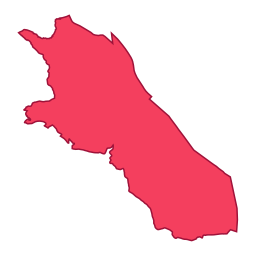 the district of Poiana Campina, Prahova, Romania
{"feature_id": "2599482B35117184166461", "entity_name": "Poiana Campina", "entity_type": "district", "adm_level": 2, "iso_a3": "ROU", "parent_name": "Romania", "parent_adm1": "Prahova", "projection": "robinson", "projection_center": [25.703, 45.113], "detail": "fine", "context": "isolated", "style": "filled", "palette": "rose", "viewbox_px": 256, "rotation_deg": 0, "n_neighbors": 0, "source": "geoboundaries", "source_scale": "gbopen_adm2", "svg_char_len": 5642}
<svg xmlns="http://www.w3.org/2000/svg" viewBox="0 0 256 256"><path d="M230.3,176.9L224.7,173.4L223.1,171.6L218.9,168.6L216.4,166.4L214.1,164.9L211.7,163.2L193.9,150.2L192.5,148.4L184.0,136.7L178.4,129.3L176.6,126.7L170.7,118.8L168.9,116.2L149.4,99.1L151.6,96.6L147.9,93.3L145.9,91.2L144.1,88.7L143.0,86.8L137.0,77.6L135.0,73.3L134.1,70.5L133.4,65.1L132.6,61.4L132.1,59.9L130.9,57.4L128.1,52.9L125.3,48.8L122.4,45.0L120.7,42.9L119.1,40.9L117.5,39.0L111.5,33.2L112.7,43.4L105.0,36.5L102.9,35.1L100.5,35.1L98.4,35.5L95.4,35.1L93.4,34.5L90.7,32.3L79.8,25.8L74.4,23.4L72.4,21.9L71.6,20.6L69.2,15.4L66.5,16.6L61.2,18.1L61.1,17.9L59.4,18.2L59.4,18.4L59.9,19.0L59.6,19.0L58.3,18.8L58.1,18.8L57.9,19.0L57.5,18.9L57.0,19.0L56.5,18.9L56.1,19.3L56.0,19.6L55.5,19.9L55.6,20.1L55.2,21.2L55.3,21.9L55.5,22.4L55.6,22.7L55.4,24.0L55.1,24.8L55.2,25.7L55.3,26.3L56.0,27.4L56.3,28.9L55.4,29.8L55.4,30.8L53.7,34.3L53.1,34.9L52.3,35.5L52.4,36.0L52.7,36.3L52.6,36.5L52.0,36.7L51.6,36.9L51.6,37.5L51.4,37.8L50.1,37.9L49.3,38.6L48.2,38.5L46.6,38.7L45.8,38.1L45.0,38.2L44.1,38.3L43.6,37.9L43.2,38.1L43.1,38.4L42.8,38.5L42.2,38.5L41.3,38.3L40.4,37.6L39.9,37.3L39.4,37.4L39.1,37.0L38.2,37.0L38.3,36.6L37.2,35.4L36.6,34.4L34.6,33.8L34.1,33.4L33.6,33.4L33.4,33.5L33.0,32.4L32.8,32.2L28.9,30.6L26.8,29.9L25.9,29.9L24.9,29.6L24.1,29.6L23.7,29.8L22.5,30.8L22.0,31.1L20.2,31.8L18.6,32.7L20.7,34.8L21.5,35.3L21.5,35.6L22.4,36.0L22.5,36.3L22.8,36.6L24.9,38.4L24.9,38.5L25.1,38.5L25.4,39.0L26.0,39.6L26.7,40.0L26.7,39.8L26.9,39.8L28.0,40.1L28.7,40.5L29.5,41.0L31.0,42.8L31.1,43.2L30.9,43.6L32.3,45.3L32.8,47.0L35.1,48.9L36.7,50.5L37.5,51.3L38.5,52.7L39.3,53.3L40.9,53.9L42.4,54.3L43.2,54.9L43.3,55.3L43.2,56.7L43.4,57.4L44.0,58.7L44.6,59.7L45.5,60.2L46.2,60.9L46.3,61.3L46.1,62.1L46.1,62.4L46.7,63.5L46.9,63.7L47.8,64.4L49.0,64.9L49.1,65.1L49.5,67.3L49.5,67.7L49.4,68.1L49.2,68.9L48.0,70.9L47.9,71.3L48.1,71.9L48.8,72.4L49.1,73.0L49.1,73.4L48.9,75.0L48.9,76.7L47.3,79.0L47.1,79.5L47.7,83.9L47.9,84.3L48.6,85.0L49.1,85.3L50.4,85.8L50.8,86.2L52.6,88.5L52.6,88.8L52.6,89.1L52.6,89.6L53.2,90.4L53.5,91.0L53.8,92.2L53.9,93.2L54.5,94.5L54.7,95.2L54.6,96.3L54.5,98.3L54.1,98.4L51.8,99.4L50.4,100.3L49.7,100.9L49.0,101.1L45.6,101.3L44.2,101.6L43.1,101.7L41.7,101.5L39.7,101.1L38.2,101.4L35.9,102.1L34.6,102.2L32.9,102.9L32.6,103.1L32.3,103.5L32.0,104.6L31.7,105.0L31.5,105.3L31.3,105.8L31.2,105.9L30.2,106.3L28.2,106.1L27.1,106.8L26.4,107.0L26.0,107.3L25.9,108.0L25.6,108.4L24.0,109.7L24.0,110.0L24.3,110.2L25.8,110.3L27.1,110.8L26.9,111.0L26.0,112.7L25.8,113.5L25.8,114.2L26.5,115.8L26.7,115.7L27.1,115.9L27.2,116.5L27.6,117.1L29.2,118.0L30.1,118.8L30.5,119.4L30.3,119.8L30.3,120.1L30.0,120.1L29.6,119.9L29.4,120.2L29.1,120.2L28.7,119.4L28.0,119.1L27.7,119.1L26.7,119.8L25.7,120.7L25.0,121.5L24.6,122.5L25.0,122.8L26.0,122.8L26.8,123.4L27.7,123.8L28.1,123.8L29.1,123.7L31.9,123.5L35.4,121.7L37.6,121.2L39.7,121.1L40.7,121.2L43.2,121.6L43.9,121.8L44.4,122.3L45.2,122.6L45.6,122.9L45.9,123.6L46.0,124.0L45.9,124.3L45.4,124.9L44.4,125.8L44.5,125.9L44.9,126.2L46.8,127.2L48.0,128.0L49.1,126.8L49.4,126.6L51.4,125.6L52.3,125.0L53.7,126.0L55.1,127.6L56.2,128.7L56.3,128.8L56.6,129.7L56.8,130.1L57.2,131.0L58.0,132.2L59.3,133.0L60.4,133.5L61.2,134.0L61.6,134.3L61.7,134.6L61.6,134.9L60.4,136.1L63.0,137.8L64.2,138.6L65.9,140.4L67.5,142.5L68.0,143.0L68.4,143.1L68.7,143.0L68.7,140.8L69.0,139.3L69.2,139.0L69.5,139.1L69.8,139.5L70.3,140.4L71.8,141.6L72.0,142.1L72.7,143.0L73.6,143.3L74.3,143.4L74.3,143.9L74.1,144.2L73.6,144.7L72.6,145.3L72.4,145.5L72.2,146.0L72.2,148.6L73.5,149.0L75.7,149.3L79.0,149.1L80.1,149.4L83.4,149.9L84.7,150.4L87.5,151.1L89.1,151.7L91.5,152.1L93.4,152.5L94.9,152.7L98.5,152.8L99.1,152.5L100.1,152.4L102.3,153.4L103.2,153.7L104.0,153.8L104.6,153.7L104.9,153.4L105.8,151.8L106.6,149.6L107.0,148.8L107.3,148.3L108.1,148.1L109.9,148.0L110.8,147.7L111.7,147.0L113.1,145.1L113.2,145.4L113.2,146.3L113.1,148.4L112.9,149.0L112.2,149.7L110.1,151.4L109.9,151.7L109.6,152.2L109.7,152.6L109.9,153.1L110.3,153.6L111.3,154.7L111.6,155.2L111.7,155.5L111.6,156.1L110.3,157.3L109.9,158.0L110.0,158.5L110.7,159.5L110.9,160.0L110.9,160.3L109.9,161.9L109.8,162.5L109.9,163.0L110.2,163.2L110.6,163.4L112.3,163.5L112.6,163.7L113.4,164.9L115.3,166.5L116.0,167.7L116.4,168.5L116.8,168.8L119.4,169.4L120.1,169.5L120.5,169.5L122.6,168.6L123.1,168.5L123.3,168.7L123.8,169.5L124.1,171.0L124.2,172.0L124.5,172.6L124.4,173.6L124.6,175.1L124.8,176.0L124.9,176.4L125.5,177.1L127.5,178.5L127.8,179.2L128.2,182.7L128.6,184.3L128.7,185.7L129.2,187.3L129.2,188.8L128.9,190.4L128.9,190.8L129.0,191.2L129.4,191.6L129.8,191.9L131.8,193.0L133.1,193.9L135.3,195.9L136.1,196.6L139.5,198.6L141.3,200.3L143.3,201.6L144.8,203.2L146.6,204.3L147.2,204.9L148.4,206.5L150.3,208.4L150.8,209.6L151.9,213.6L152.3,216.1L152.6,217.1L153.1,218.2L153.7,220.2L153.8,220.7L153.8,223.3L154.0,223.7L154.6,225.0L155.3,227.5L156.2,228.5L156.8,229.0L157.9,229.6L158.2,229.6L159.8,229.3L161.1,228.9L162.2,228.7L163.7,228.2L164.4,227.9L164.8,227.8L165.4,228.0L169.7,229.8L172.2,231.7L172.4,232.1L172.2,234.0L172.2,234.6L172.3,234.8L173.9,237.1L174.2,237.4L175.0,238.0L175.4,238.2L176.2,238.2L176.6,238.0L176.9,237.7L177.4,237.5L178.3,237.5L179.7,237.9L181.0,238.2L182.6,238.8L184.2,239.2L186.2,239.3L187.4,239.5L191.5,240.6L192.4,240.4L195.2,239.3L196.1,239.0L196.6,238.2L197.3,237.4L197.7,237.2L198.5,237.1L199.6,236.8L200.5,237.1L201.7,237.8L202.2,237.9L202.6,237.2L202.8,236.2L203.4,235.3L203.8,235.2L204.8,235.1L205.3,235.3L207.0,234.9L213.7,234.8L219.8,234.0L222.5,233.8L223.1,233.9L226.9,233.8L228.7,231.6L230.5,229.7L236.6,231.7L237.4,219.8L237.0,208.3L230.3,176.9Z" fill="#f43f5e" stroke="#9f1239" stroke-width="1.5"/></svg>